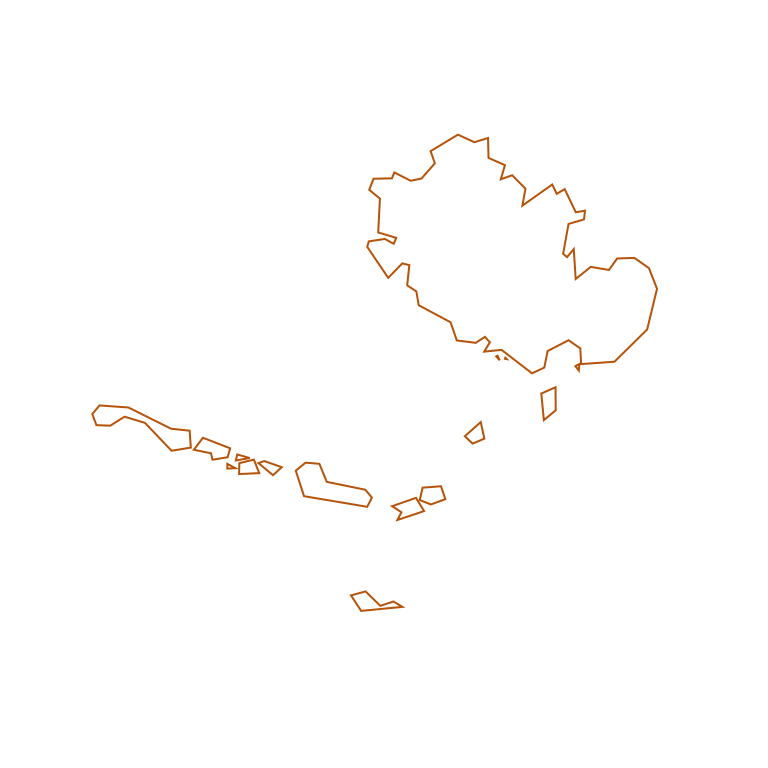 Ba, Western, Fiji, rotated 254°
{"feature_id": "14151628B98370545668292", "entity_name": "Ba", "entity_type": "district", "adm_level": 2, "iso_a3": "FJI", "parent_name": "Fiji", "parent_adm1": "Western", "projection": "robinson", "projection_center": [177.639, -17.315], "detail": "medium", "context": "isolated", "style": "outline", "palette": "amber", "viewbox_px": 768, "rotation_deg": 254, "n_neighbors": 0, "source": "geoboundaries", "source_scale": "gbopen_adm2", "svg_char_len": 1979}
<svg xmlns="http://www.w3.org/2000/svg" viewBox="0 0 768 768"><g transform="rotate(254 384 384)"><path d="M574.7,423.3L563.3,431.2L531.3,420.2L521.1,436.0L516.1,432.0L523.2,424.8L525.3,408.7L520.4,405.7L484.9,417.3L494.9,434.8L491.3,441.1L472.4,433.5L464.1,440.6L450.1,439.1L425.0,465.0L405.8,466.0L398.3,483.5L401.5,494.0L394.9,497.3L387.5,489.3L384.4,506.4L353.5,529.2L355.6,542.6L370.6,550.4L375.2,573.5L364.1,582.5L348.8,579.0L341.9,611.7L363.9,652.0L400.3,672.7L422.4,670.6L436.2,659.4L440.4,642.7L431.6,631.7L439.6,615.0L432.1,597.2L461.4,603.6L455.5,594.9L459.8,592.1L487.0,605.5L487.1,621.6L495.2,625.0L496.2,615.7L521.5,611.4L519.2,602.5L529.4,600.7L517.3,566.2L532.7,573.8L549.3,564.8L548.6,552.7L561.0,560.6L572.5,546.8L591.8,551.8L591.5,537.5L603.3,523.8L595.0,493.0L582.1,493.7L571.2,476.7L572.0,465.7L584.5,452.2L579.5,448.3L584.2,430.5L574.7,423.3ZM325.1,299.9L330.0,286.9L325.0,275.3L298.2,276.2L270.6,334.0L278.1,341.1L287.5,336.9L305.7,302.0L325.1,299.9ZM441.8,104.6L435.5,95.3L423.7,96.2L419.4,109.4L424.1,125.6L412.5,143.5L378.4,161.4L376.1,180.8L392.7,184.3L399.7,167.0L431.9,131.8L441.8,104.6ZM189.9,294.0L172.2,299.5L164.7,340.2L172.3,333.1L171.8,319.3L189.7,309.1L189.9,294.0ZM382.2,195.1L373.2,183.1L365.1,198.6L358.5,198.3L356.7,213.5L364.6,218.4L382.2,195.1ZM333.6,548.0L331.5,532.6L305.2,527.7L311.4,541.8L333.6,548.0ZM265.7,383.4L264.3,358.1L255.9,365.4L249.6,359.4L250.8,387.5L265.7,383.4ZM270.0,410.6L273.7,392.5L262.6,386.4L255.3,395.8L256.4,411.2L270.0,410.6ZM320.7,466.5L311.5,447.3L302.3,452.7L303.8,465.4L320.7,466.5ZM347.2,238.1L347.8,223.1L337.4,219.9L332.7,239.5L347.2,238.1ZM332.2,262.8L342.9,247.7L342.6,241.5L326.9,252.2L332.2,262.8ZM349.9,234.5L356.7,223.5L351.3,220.5L349.9,234.5ZM344.1,217.9L350.4,211.4L345.8,210.1L344.1,217.9ZM343.2,575.0L349.3,577.2L348.4,572.9L343.2,575.0ZM374.9,501.7L379.9,501.0L379.6,499.5L374.9,501.7ZM374.1,508.8L375.8,507.9L374.9,507.2L374.1,508.8Z" fill="none" stroke="#b45309" stroke-width="2"/></g></svg>